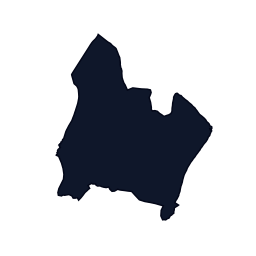 the district of Toungo, Adamawa, Nigeria, rotated 168°
{"feature_id": "59680162B46313771844948", "entity_name": "Toungo", "entity_type": "district", "adm_level": 2, "iso_a3": "NGA", "parent_name": "Nigeria", "parent_adm1": "Adamawa", "projection": "albers", "projection_center": [11.775, 7.93], "detail": "fine", "context": "isolated", "style": "filled", "palette": "ink", "viewbox_px": 256, "rotation_deg": 168, "n_neighbors": 0, "source": "geoboundaries", "source_scale": "gbopen_adm2", "svg_char_len": 3641}
<svg xmlns="http://www.w3.org/2000/svg" viewBox="0 0 256 256"><g transform="rotate(168 128 128)"><path d="M137.7,225.7L138.5,224.4L141.1,222.0L144.1,220.1L145.5,219.0L147.4,217.2L149.9,214.6L163.4,200.9L169.2,195.0L171.5,192.6L172.0,191.9L172.0,190.7L171.5,182.6L169.4,179.8L169.1,178.9L168.6,176.9L168.6,176.5L168.6,175.6L169.0,172.2L169.5,168.9L170.1,167.0L172.0,162.5L173.8,159.3L175.2,156.9L175.3,156.6L175.6,156.1L176.3,155.0L177.9,152.2L178.9,150.6L179.3,150.1L181.4,146.8L183.2,144.9L185.6,142.3L187.9,139.4L188.0,139.4L189.5,137.4L191.4,134.0L193.1,131.0L194.3,130.3L195.2,128.6L195.7,128.3L196.1,128.2L196.4,128.2L196.7,127.6L197.0,126.7L197.3,126.7L197.8,126.7L198.1,126.6L198.5,126.1L199.0,125.9L199.2,125.7L198.5,125.0L198.9,124.1L198.8,123.7L198.2,123.1L198.4,122.9L199.8,122.1L200.7,121.6L201.3,121.0L201.7,120.3L201.8,119.4L201.7,118.7L202.0,118.4L202.5,118.5L202.4,117.5L202.6,117.0L203.4,116.9L203.8,116.3L201.7,114.7L200.3,107.6L199.9,101.8L200.3,95.9L201.8,91.2L208.2,83.1L210.0,79.4L210.1,76.7L207.1,75.4L205.6,76.0L204.0,75.4L199.6,75.2L197.0,73.3L196.2,70.8L195.1,70.6L194.3,70.4L192.0,70.3L191.3,67.7L188.5,69.6L185.7,71.9L184.4,73.1L183.3,74.0L182.2,74.6L181.7,74.9L180.6,75.5L179.7,76.2L178.1,76.9L179.0,80.1L175.3,81.5L174.8,81.0L174.4,80.7L173.7,80.9L173.0,80.2L172.5,80.2L172.0,80.4L171.7,80.3L171.4,80.1L171.2,79.8L171.3,79.2L170.9,78.5L169.8,77.6L167.3,77.2L166.0,76.2L164.3,75.3L161.8,74.3L159.1,74.3L158.4,71.7L156.8,69.4L154.3,69.1L150.9,70.2L149.3,69.4L148.8,69.1L145.9,68.1L143.6,67.3L141.2,66.4L139.3,65.8L137.6,65.2L135.0,60.7L131.8,55.4L126.8,52.6L121.6,50.5L116.9,48.4L109.6,44.5L112.6,40.6L114.1,35.2L113.2,31.0L111.9,30.9L110.2,30.3L108.5,31.1L106.6,31.4L104.9,33.4L103.4,33.8L102.3,34.6L101.0,35.1L100.6,36.8L100.0,37.9L99.2,40.3L98.2,40.7L95.6,41.6L94.6,42.1L97.7,45.2L96.3,47.1L95.7,47.7L95.0,48.3L92.5,51.4L92.1,52.5L91.5,53.5L90.4,55.2L89.6,57.3L88.8,59.1L88.3,60.2L87.5,61.4L86.4,63.4L86.2,63.7L85.4,65.7L84.1,68.2L83.3,69.7L82.7,70.7L81.2,72.6L79.5,74.6L78.5,76.3L77.0,78.0L76.2,78.8L75.1,80.0L73.7,81.5L71.8,83.1L70.3,84.6L68.9,85.6L67.4,87.1L66.6,87.9L66.3,88.1L65.1,89.1L63.5,90.6L62.4,91.4L61.2,92.9L59.7,94.1L57.8,96.0L56.6,97.0L54.7,98.4L53.4,99.7L52.8,100.3L52.2,101.1L51.4,102.4L49.7,103.6L48.8,105.3L48.2,106.1L47.8,106.7L47.4,107.3L46.8,107.7L46.8,108.8L47.8,109.0L48.2,109.4L48.2,110.4L47.6,110.2L46.9,109.8L46.1,110.2L45.9,111.3L45.9,111.9L46.7,112.5L47.5,113.1L47.7,114.8L48.2,115.8L48.6,116.5L49.0,116.9L49.8,118.1L50.2,119.6L50.4,120.0L51.4,121.7L53.3,124.2L55.2,126.4L56.4,129.1L57.0,130.6L57.8,132.1L58.4,133.7L60.1,135.8L61.1,137.7L62.6,139.5L63.2,140.2L64.2,141.8L64.7,142.4L66.1,143.9L66.7,144.7L67.5,145.8L68.1,146.4L69.4,148.7L70.8,149.3L71.1,149.7L72.5,151.6L73.3,151.8L74.4,151.6L74.5,151.5L75.6,150.4L76.9,148.7L77.3,147.1L79.0,143.3L79.4,142.1L79.6,141.2L80.2,139.6L80.7,138.3L81.1,136.7L81.3,135.9L81.7,134.8L82.3,134.0L83.3,133.1L83.6,132.8L84.3,132.8L85.7,132.3L86.9,132.3L89.5,131.9L90.6,132.0L92.2,133.9L94.1,135.7L95.8,138.2L98.1,139.4L100.6,139.6L101.4,141.2L100.9,143.3L100.6,148.5L101.0,153.3L98.8,156.5L98.0,158.0L98.2,160.6L101.0,161.9L107.1,163.5L115.0,166.2L120.7,165.2L121.9,170.8L122.7,172.9L123.1,176.0L123.3,178.5L122.7,182.9L122.1,185.1L122.2,185.5L122.2,187.1L122.2,187.3L122.5,188.1L122.5,188.5L122.5,189.4L122.5,189.9L122.5,190.0L122.4,191.0L122.5,191.5L122.2,192.4L122.0,193.4L121.8,195.1L121.6,197.4L121.5,198.6L122.0,200.9L122.2,202.1L122.4,203.6L123.2,208.2L124.0,209.4L125.7,211.3L126.7,212.7L127.5,214.2L128.5,215.1L129.1,215.6L130.0,216.5L131.2,217.9L131.7,218.5L137.7,225.7Z" fill="#0f172a" stroke="#020617" stroke-width="1.5"/></g></svg>